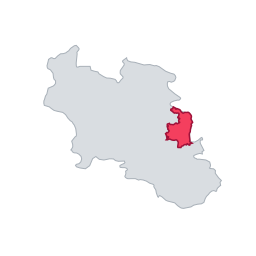 Republic of Serbia, with Macvanski highlighted, rotated 162°
{"feature_id": "SRB-838", "entity_name": "Macvanski", "entity_type": "District", "adm_level": 1, "iso_a3": "SRB", "parent_name": "Republic of Serbia", "parent_adm1": "", "projection": "orthographic", "projection_center": [19.594, 44.517], "detail": "fine", "context": "in_parent", "style": "filled", "palette": "rose", "viewbox_px": 256, "rotation_deg": 162, "n_neighbors": 0, "source": "natural_earth", "source_scale": "10m", "svg_char_len": 6849}
<svg xmlns="http://www.w3.org/2000/svg" viewBox="0 0 256 256"><g transform="rotate(162 128 128)"><path d="M141.7,97.7L147.4,99.3L150.0,100.9L151.4,103.1L155.0,104.4L160.8,105.0L165.0,107.1L167.4,110.8L171.1,109.8L176.1,104.0L181.1,102.4L186.1,104.9L189.0,107.0L189.5,108.7L188.3,109.4L185.6,109.2L183.3,110.4L181.6,112.9L181.4,115.5L182.8,118.3L184.6,120.1L187.0,121.1L188.2,122.5L188.5,124.4L189.1,124.8L187.8,125.7L186.4,127.1L185.7,129.3L185.6,132.9L181.3,135.8L179.6,136.4L178.9,138.2L177.9,143.5L178.2,147.4L178.9,149.4L179.2,151.0L180.7,152.9L182.1,156.0L183.2,160.0L185.2,163.0L190.3,165.9L192.9,167.6L194.8,170.1L196.3,172.4L200.6,175.4L200.4,177.6L199.6,179.8L198.6,180.9L196.7,183.8L194.7,185.4L191.6,190.5L186.3,191.0L185.1,191.4L183.1,192.8L182.3,195.3L183.3,197.3L183.2,199.3L182.4,203.2L183.8,207.3L185.8,209.2L186.1,210.3L185.8,212.2L183.2,216.3L182.4,217.8L179.6,218.6L178.6,218.3L177.2,216.9L175.8,216.6L172.5,218.3L169.2,219.4L166.5,218.7L163.8,218.7L162.0,219.4L160.6,219.7L158.0,221.5L153.7,222.8L151.7,222.6L150.9,221.0L150.0,218.8L150.4,217.7L153.2,215.8L153.5,214.1L157.3,205.6L158.0,202.9L158.0,202.0L156.9,201.4L154.7,201.5L145.0,198.3L145.3,194.4L142.4,192.4L139.3,190.6L138.8,188.5L135.3,184.4L132.8,182.1L129.6,180.9L126.9,179.3L125.2,178.2L124.4,176.3L124.4,175.1L123.6,174.0L122.3,174.1L120.1,175.7L117.4,177.1L116.9,178.1L117.9,180.4L118.6,181.9L118.3,183.3L117.5,185.1L112.2,189.1L111.7,190.5L112.7,192.7L112.1,193.7L107.6,195.2L107.8,194.0L107.5,192.1L104.9,190.0L101.3,188.4L93.3,183.0L90.3,182.3L87.6,181.6L83.7,179.0L81.7,178.6L79.4,176.7L74.6,170.3L70.5,166.9L67.7,165.1L66.9,163.4L66.8,161.7L66.9,161.1L69.0,158.6L70.6,158.2L72.7,158.2L74.1,159.4L75.9,159.7L76.9,158.1L77.5,155.8L77.2,152.8L72.9,146.0L69.2,141.2L68.7,140.1L69.5,139.2L70.9,138.7L72.2,139.2L75.9,139.5L79.4,139.1L80.6,137.9L80.6,136.3L79.3,134.9L75.2,130.9L72.1,127.5L68.3,124.8L65.6,123.7L64.8,122.4L64.4,120.9L64.8,118.3L64.9,114.9L65.6,112.8L68.1,108.8L70.5,104.6L72.0,100.5L72.8,96.8L72.5,95.7L71.3,94.9L68.7,94.0L65.0,94.7L61.9,96.1L60.7,96.2L60.4,94.5L60.8,93.7L61.8,93.8L62.6,94.2L63.4,93.4L64.0,91.1L62.7,83.2L65.0,82.5L65.1,81.3L65.3,80.3L67.7,81.7L71.0,81.8L73.9,81.5L74.3,80.7L74.3,79.6L73.7,78.7L72.7,78.0L71.9,76.9L70.0,76.4L63.8,73.5L60.8,70.4L61.0,67.2L61.9,65.5L62.9,64.8L62.6,64.2L59.2,62.7L58.0,60.6L59.0,58.0L57.2,52.6L55.4,49.2L57.3,47.8L57.5,45.7L57.7,44.6L58.4,44.6L61.4,43.2L62.5,42.1L63.1,40.8L63.9,40.5L65.8,42.0L67.9,42.1L70.3,41.2L72.0,40.0L74.2,38.9L75.1,38.2L76.3,37.1L78.8,33.8L81.6,33.2L85.3,34.0L89.4,34.3L92.4,33.5L100.0,34.4L101.7,35.2L102.7,36.0L104.8,38.8L106.7,42.4L109.4,44.1L112.6,46.1L114.3,47.5L116.8,51.8L118.7,54.0L119.3,53.8L120.0,53.3L120.4,52.8L120.9,53.2L121.0,54.5L121.1,57.5L120.7,60.6L121.5,63.6L121.5,64.5L121.0,65.3L121.1,66.1L121.8,66.9L124.4,68.8L126.9,71.8L129.7,73.9L132.4,75.2L134.0,75.2L136.7,77.6L142.1,79.3L143.8,79.8L145.0,80.8L145.8,82.0L145.9,83.2L145.1,83.8L144.0,85.5L143.6,87.6L142.8,88.1L141.9,88.2L141.3,88.8L141.5,89.7L142.2,90.5L143.3,91.3L145.5,92.0L147.6,93.0L147.6,93.9L147.2,94.9L144.5,95.3L142.5,95.5L141.6,96.0L141.7,97.7Z" fill="#d9dde1" stroke="#a8b0b8" stroke-width="1"/><path d="M69.5,125.3L69.0,125.3L68.7,125.2L67.9,124.8L66.4,124.5L65.7,124.2L65.1,123.4L64.4,121.7L64.1,120.7L64.0,119.8L64.3,118.8L64.8,118.2L65.2,117.5L65.3,116.2L64.8,114.0L64.9,113.2L66.1,112.8L66.4,112.6L66.6,112.3L66.8,111.9L66.9,111.5L66.8,110.8L66.9,110.4L67.1,110.2L67.5,110.0L67.6,109.8L69.2,107.1L69.8,105.6L70.0,105.2L70.4,104.8L71.1,104.2L71.4,103.7L71.8,102.8L73.0,96.9L73.2,96.7L73.3,96.7L73.5,96.5L73.4,96.0L73.3,95.6L73.2,95.4L73.0,95.2L72.8,94.9L72.9,94.7L72.2,94.3L71.7,93.7L72.2,93.7L73.3,94.1L73.8,94.0L74.2,93.6L74.1,93.2L74.5,92.7L74.8,92.7L74.9,92.8L75.0,92.8L75.4,93.1L75.6,93.3L75.7,93.5L75.8,93.6L75.9,93.9L76.0,94.2L76.1,94.5L76.3,94.7L76.5,94.8L76.7,94.7L76.8,94.7L77.1,94.3L77.2,94.2L77.3,94.1L77.5,94.0L77.7,93.9L77.8,94.0L78.0,94.1L78.3,94.4L78.4,94.5L78.6,94.6L78.8,94.6L79.1,94.7L79.4,94.7L79.5,94.7L79.8,94.7L80.2,94.5L80.8,94.2L81.0,94.1L81.3,94.1L81.6,94.1L82.3,94.1L82.6,94.1L83.7,93.1L84.0,93.2L84.6,93.3L85.3,93.7L86.3,93.9L86.5,94.0L86.6,94.5L86.4,95.1L84.9,98.1L84.6,99.2L84.8,100.2L85.0,100.6L85.1,101.0L85.3,101.3L85.6,101.7L86.1,101.9L87.9,102.0L89.6,102.8L90.6,103.5L91.1,104.1L92.0,104.7L94.3,104.6L95.3,105.0L94.6,105.5L92.6,106.4L92.2,107.0L92.9,107.7L94.0,107.3L93.8,108.8L93.9,109.0L93.7,109.5L93.7,109.8L93.9,110.0L94.0,110.5L94.0,111.0L93.8,111.0L93.7,111.0L93.3,111.3L93.2,111.4L92.7,111.5L92.4,111.7L92.0,111.4L91.9,111.3L91.7,111.3L91.4,111.3L91.2,111.5L90.9,111.7L90.7,111.8L90.4,112.0L90.1,112.2L90.0,112.3L89.9,112.7L89.8,113.0L90.0,113.2L90.0,113.3L90.1,113.5L90.1,113.8L90.2,114.1L90.4,114.5L90.5,114.5L90.5,114.9L90.5,115.0L90.4,115.1L90.1,115.3L90.0,115.5L90.2,116.1L90.3,116.3L90.3,116.7L90.3,116.9L90.3,117.0L90.2,117.2L90.2,117.3L89.8,117.2L89.6,117.2L89.3,117.3L89.2,117.3L89.1,117.5L89.1,117.8L89.5,118.3L89.8,118.7L89.7,118.9L89.5,119.2L89.5,119.3L89.4,119.4L89.4,119.5L89.2,119.6L88.9,119.6L87.6,119.6L87.4,119.6L87.2,119.6L87.2,119.4L87.2,119.1L87.1,118.9L86.9,118.6L86.8,118.4L86.7,118.4L86.5,118.2L86.2,118.2L85.8,118.0L85.1,117.7L84.7,117.5L84.2,117.3L83.9,117.2L83.7,117.1L83.4,117.2L83.0,117.3L82.9,117.3L82.5,117.4L82.3,117.5L82.1,117.5L81.8,117.7L81.7,117.8L81.4,117.9L81.2,117.9L80.9,117.9L80.7,117.9L80.5,117.6L80.4,117.3L80.3,117.2L80.2,117.1L79.8,116.8L79.4,116.9L79.0,116.9L78.9,117.0L78.6,117.1L78.4,117.2L78.1,117.1L77.8,117.1L77.6,117.1L77.3,117.2L77.2,117.3L77.1,117.5L77.3,117.7L77.4,117.8L77.7,117.9L77.8,118.0L77.7,118.4L77.6,118.5L77.6,118.9L77.6,119.1L77.5,119.5L77.4,119.8L77.1,120.2L77.0,120.4L76.9,120.5L76.7,120.6L76.3,120.5L76.2,120.6L75.9,120.9L75.9,121.0L76.0,121.4L76.2,121.6L76.3,121.7L76.8,121.6L77.0,121.7L77.0,121.8L77.1,122.0L77.3,122.2L77.4,122.5L77.4,122.8L77.3,123.0L77.2,123.1L76.9,123.2L76.6,123.3L76.4,123.4L76.3,123.5L76.1,123.7L76.0,123.9L76.0,124.0L75.9,124.2L75.9,124.4L75.8,124.5L75.7,124.7L75.4,125.0L75.2,125.2L75.3,125.5L75.2,125.7L75.2,125.8L75.1,126.1L75.6,126.6L75.8,126.7L76.2,126.8L76.4,127.0L76.5,127.0L76.8,127.0L77.3,127.1L77.5,127.2L77.6,127.3L77.8,127.5L78.0,127.6L78.3,127.7L78.6,127.7L78.8,127.7L78.8,127.8L79.1,128.0L79.5,128.2L79.6,128.3L79.8,128.4L80.1,128.8L80.3,129.3L80.3,129.5L80.4,129.8L80.4,130.1L80.5,130.2L80.6,130.3L80.8,130.3L81.0,130.4L81.1,130.6L81.4,131.0L81.5,131.2L81.5,131.3L81.8,131.5L81.8,131.8L81.6,132.2L81.5,132.5L81.4,132.5L81.2,132.7L80.8,132.7L80.7,132.6L80.4,132.5L80.2,132.5L79.8,132.7L79.7,132.8L79.4,132.8L79.2,133.0L78.8,133.7L78.7,133.8L78.5,134.0L78.2,134.0L77.6,133.1L77.1,132.6L76.8,132.3L76.8,131.4L76.5,131.0L76.3,131.0L75.9,131.4L75.7,131.5L75.4,131.3L75.0,131.0L73.5,129.8L72.9,129.1L72.7,128.5L72.6,127.5L72.2,126.5L71.6,125.6L71.0,125.1L70.6,125.0L69.5,125.3Z" fill="#f43f5e" stroke="#9f1239" stroke-width="1.5"/></g></svg>